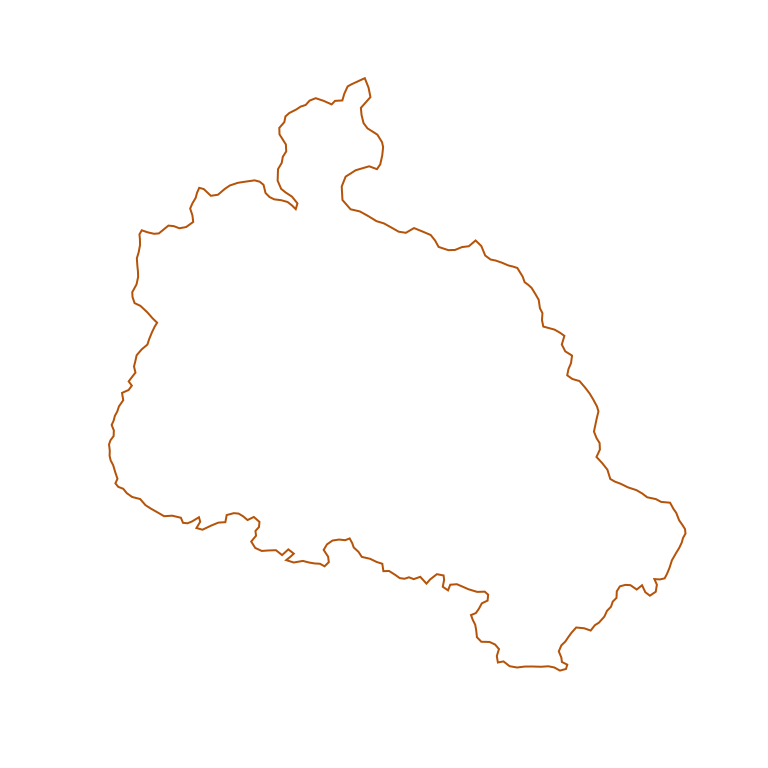 São Luís de Montes Belos, Goiás, Brazil, rotated 263°
{"feature_id": "56859067B21556461404452", "entity_name": "São Luís de Montes Belos", "entity_type": "district", "adm_level": 2, "iso_a3": "BRA", "parent_name": "Brazil", "parent_adm1": "Goiás", "projection": "mercator", "projection_center": [-50.378, -16.461], "detail": "fine", "context": "isolated", "style": "outline", "palette": "amber", "viewbox_px": 768, "rotation_deg": 263, "n_neighbors": 0, "source": "geoboundaries", "source_scale": "gbopen_adm2", "svg_char_len": 4339}
<svg xmlns="http://www.w3.org/2000/svg" viewBox="0 0 768 768"><g transform="rotate(263 384 384)"><path d="M563.9,206.7L563.5,199.9L566.3,194.6L567.5,189.3L564.2,184.1L560.9,178.9L561.1,174.1L563.4,167.8L566.1,162.3L562.3,159.5L557.7,159.4L551.7,158.8L544.5,156.5L538.9,154.0L531.2,153.6L525.4,153.5L520.2,153.0L513.0,150.5L505.8,145.3L500.9,145.0L494.7,146.3L491.2,151.8L484.0,157.8L477.4,162.3L472.5,166.3L468.9,163.4L464.1,160.3L457.4,156.5L452.0,154.0L447.9,147.7L442.7,142.0L436.2,139.7L431.9,138.0L425.6,138.7L421.3,134.4L417.7,130.9L413.1,133.5L409.2,129.8L407.1,122.9L399.7,123.2L394.1,118.2L389.2,115.9L385.2,113.0L380.6,111.2L376.5,108.7L370.8,110.2L365.3,109.3L361.4,105.6L357.5,103.7L351.3,103.7L346.2,102.9L341.4,103.4L336.4,105.3L329.8,106.4L322.4,107.9L318.1,105.3L314.3,107.7L311.8,112.4L307.0,115.4L302.6,120.2L299.5,128.0L292.8,132.5L288.5,137.7L283.7,144.2L279.6,149.6L279.1,157.8L276.0,166.1L270.7,167.6L269.7,172.0L271.0,176.8L274.3,184.1L269.7,184.8L263.9,180.3L261.5,186.1L264.5,195.1L266.6,202.6L266.2,209.7L273.1,211.9L274.1,219.2L273.1,223.9L269.9,228.0L265.6,232.0L267.9,238.6L262.3,243.6L257.3,242.5L253.8,238.5L249.0,238.5L243.8,233.0L237.0,236.2L233.2,242.3L232.9,248.3L232.2,256.5L226.6,262.0L231.5,268.9L226.6,273.8L223.8,269.8L221.1,265.5L217.8,272.7L218.3,281.9L216.0,287.7L214.3,293.4L213.4,298.5L210.3,302.8L213.9,307.5L219.4,307.5L226.7,303.9L231.8,307.9L234.9,313.8L235.1,320.3L233.7,326.5L234.9,331.1L229.8,333.1L225.5,334.0L220.4,338.3L215.1,340.9L212.2,348.9L208.2,355.1L205.8,360.4L198.3,360.6L197.8,366.2L193.5,371.5L189.4,376.0L188.2,380.6L189.1,385.2L186.7,389.7L188.2,396.5L180.7,401.8L184.5,406.1L188.8,413.3L186.7,419.8L182.2,419.8L175.6,417.6L171.4,422.4L176.7,425.3L176.4,431.9L173.0,437.8L170.1,442.6L166.3,451.1L165.6,458.7L162.2,461.7L156.4,460.4L154.4,454.4L149.5,450.9L145.4,447.2L144.1,442.2L138.9,443.4L134.0,445.2L128.1,445.5L121.3,445.4L116.3,449.2L115.1,457.3L111.9,462.5L106.9,465.8L100.2,462.8L93.7,463.1L94.1,468.8L88.6,474.3L86.4,481.5L86.4,489.1L85.6,496.3L84.2,505.4L83.8,512.7L81.9,518.5L78.1,523.7L79.0,529.9L83.1,531.7L86.4,526.7L90.8,526.7L97.3,524.9L103.0,528.2L106.2,532.5L110.2,536.0L114.3,539.8L118.9,545.1L117.2,552.8L114.1,559.1L118.9,563.9L120.9,568.2L126.3,574.4L131.7,577.7L135.3,582.2L140.1,584.5L143.4,588.7L149.9,589.8L154.4,593.5L155.2,599.1L154.3,604.1L149.2,609.8L152.8,615.6L145.5,618.0L141.5,622.1L144.7,628.4L151.6,630.4L157.4,628.6L156.4,634.1L156.9,638.9L161.3,641.9L167.0,645.1L173.8,648.2L180.5,653.2L185.3,657.0L190.3,660.2L194.7,662.0L198.8,665.0L203.3,665.1L207.7,663.0L212.8,660.3L220.4,658.4L224.9,656.0L231.3,653.5L233.2,644.7L236.6,639.9L239.5,631.4L244.0,626.8L247.9,621.6L251.7,613.5L256.1,606.8L259.0,601.2L262.2,597.0L271.7,595.3L278.8,591.0L285.7,586.0L292.6,590.3L299.1,590.8L304.3,588.4L311.2,586.6L324.1,591.0L330.6,593.5L335.6,592.7L343.1,589.8L349.6,586.9L355.9,583.2L363.1,578.4L366.0,571.6L370.3,566.9L376.3,568.9L382.0,572.2L389.3,574.1L394.3,567.9L401.5,565.3L409.8,568.9L413.3,565.1L417.2,559.9L421.6,549.1L428.2,548.6L435.0,549.9L440.2,548.0L448.7,547.8L454.2,545.5L461.4,542.2L464.8,539.3L467.9,536.0L473.7,534.7L482.9,530.5L484.9,526.2L486.5,521.9L490.1,515.7L492.9,509.9L494.6,504.9L499.2,500.1L509.1,497.4L515.3,492.4L510.4,485.0L510.4,478.1L508.4,470.8L509.0,464.2L513.4,454.9L520.2,452.2L526.2,448.5L530.2,441.6L535.1,432.8L531.4,424.1L533.4,417.1L538.4,410.4L543.4,403.5L546.6,396.3L552.6,388.8L558.2,381.1L561.5,372.1L571.7,365.2L585.2,366.1L594.5,371.2L599.6,381.9L601.9,395.8L598.1,403.2L602.4,407.0L611.0,410.1L619.3,412.0L624.3,411.5L632.3,407.8L639.7,398.8L645.4,395.5L653.7,394.5L660.9,394.7L670.4,405.5L679.9,404.8L689.9,402.2L685.6,388.7L683.8,384.2L677.0,380.0L670.5,377.2L671.0,369.9L667.9,366.1L672.6,358.2L676.0,351.0L674.3,344.6L670.5,340.3L669.5,335.1L667.2,330.5L664.5,323.0L661.6,318.8L656.1,317.0L651.0,311.3L644.5,310.7L633.7,315.8L626.8,315.3L621.9,311.3L615.9,309.4L610.2,305.0L598.8,303.2L590.2,305.7L586.1,309.7L581.2,315.5L573.8,320.1L568.3,317.7L572.6,314.3L576.4,310.5L578.9,304.5L580.7,297.5L583.5,293.2L588.0,289.7L596.4,288.7L600.0,285.2L601.9,280.4L601.7,269.8L601.5,263.4L599.8,255.1L596.9,249.5L592.1,242.3L591.9,235.1L599.5,228.8L601.2,224.5L596.7,221.8L591.6,219.7L586.7,215.9L581.8,213.0L574.6,214.4L568.1,214.4L563.9,206.7Z" fill="none" stroke="#b45309" stroke-width="2"/></g></svg>